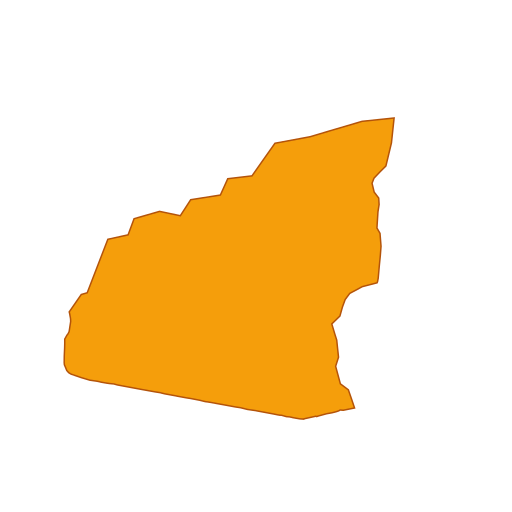 the district of Fouli, Lac, Chad, rotated 293°
{"feature_id": "50815135B95453652867262", "entity_name": "Fouli", "entity_type": "district", "adm_level": 2, "iso_a3": "TCD", "parent_name": "Chad", "parent_adm1": "Lac", "projection": "orthographic", "projection_center": [13.802, 14.046], "detail": "fine", "context": "isolated", "style": "filled", "palette": "amber", "viewbox_px": 512, "rotation_deg": 293, "n_neighbors": 0, "source": "geoboundaries", "source_scale": "gbopen_adm2", "svg_char_len": 1862}
<svg xmlns="http://www.w3.org/2000/svg" viewBox="0 0 512 512"><g transform="rotate(293 256 256)"><path d="M399.6,274.5L392.7,266.2L387.0,259.3L367.2,229.4L344.1,224.4L328.2,221.0L316.1,199.8L306.8,199.6L298.2,199.4L282.3,173.9L263.5,170.6L259.4,149.8L242.7,129.2L234.2,129.6L225.5,130.0L213.5,113.1L192.2,113.8L168.2,114.6L156.2,115.0L152.3,110.2L131.5,105.9L131.1,106.3L129.5,107.4L126.6,109.3L125.6,109.9L123.3,111.0L113.5,113.5L111.1,113.4L109.2,112.9L104.8,112.4L100.8,114.1L96.5,115.8L93.0,117.1L89.0,118.6L84.6,120.4L82.9,121.1L81.0,122.1L78.9,124.3L76.6,126.6L75.4,129.2L75.3,129.8L75.1,131.3L75.0,132.0L75.8,142.9L75.9,143.8L76.8,151.8L76.9,152.1L77.2,153.2L78.6,158.5L79.1,161.0L79.3,162.5L80.7,168.5L81.1,169.9L81.2,170.5L82.7,175.2L83.0,177.7L83.2,179.0L85.2,188.1L88.5,203.0L91.5,216.2L92.3,219.4L92.8,221.4L93.0,223.0L93.5,226.0L96.0,237.1L96.2,238.3L98.3,247.6L99.2,251.1L100.1,255.3L101.2,260.4L101.9,264.8L102.1,266.0L102.4,267.3L102.6,267.7L103.3,270.6L106.6,285.2L108.8,295.1L109.1,296.4L110.3,301.0L111.4,308.0L113.7,316.7L113.7,317.0L117.5,334.2L118.2,337.7L118.7,339.9L119.4,341.8L120.0,346.7L120.1,347.0L121.0,349.7L121.5,352.2L121.5,352.5L122.3,356.1L123.2,359.9L123.5,360.8L124.5,363.7L124.8,363.7L131.9,373.7L131.9,374.6L132.8,375.6L133.5,376.4L134.5,377.7L136.4,380.1L138.3,382.5L141.3,387.1L143.4,389.9L144.2,390.9L145.8,392.7L147.1,393.6L148.1,396.6L154.6,406.1L161.6,399.9L168.9,393.3L171.3,383.6L185.6,372.4L195.1,371.5L203.0,367.1L210.1,363.2L215.0,359.0L223.1,352.3L233.5,356.7L242.9,355.5L250.8,355.1L258.2,356.9L269.3,365.8L278.6,377.9L279.9,377.9L283.2,377.2L295.9,373.1L305.2,370.2L313.8,367.3L325.3,361.3L329.0,356.4L344.3,351.0L351.5,349.2L357.3,346.3L361.0,339.8L368.3,334.4L373.7,334.2L382.0,337.3L389.6,340.4L413.0,336.5L437.0,329.2L421.4,301.0L399.6,274.5Z" fill="#f59e0b" stroke="#b45309" stroke-width="1.5"/></g></svg>